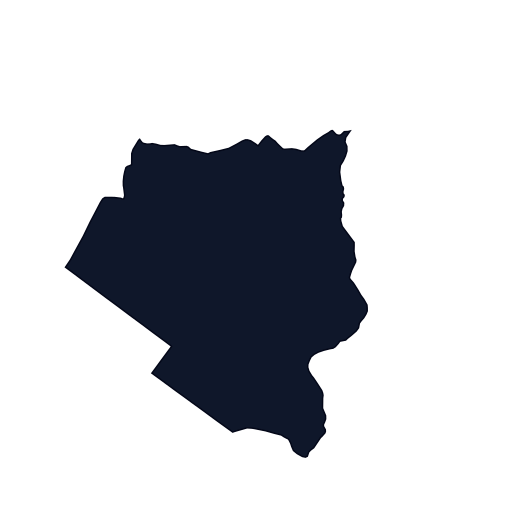 map outline of Botswana (orthographic projection), rotated 308°
{"feature_id": "BWA", "entity_name": "Botswana", "entity_type": "country or territory", "adm_level": 0, "iso_a3": "BWA", "parent_name": "Africa", "parent_adm1": "", "projection": "orthographic", "projection_center": [24.585, -22.321], "detail": "fine", "context": "isolated", "style": "filled", "palette": "ink", "viewbox_px": 512, "rotation_deg": 308, "n_neighbors": 0, "source": "natural_earth", "source_scale": "50m", "svg_char_len": 2811}
<svg xmlns="http://www.w3.org/2000/svg" viewBox="0 0 512 512"><g transform="rotate(308 256 256)"><path d="M276.3,92.5L275.7,94.3L275.1,96.9L275.8,98.8L277.1,101.4L279.1,103.7L280.6,105.0L282.4,108.4L284.1,112.6L286.5,115.9L293.4,123.4L294.1,126.0L295.1,128.7L299.4,133.8L300.0,135.5L299.7,138.9L304.1,149.3L306.9,155.4L309.4,156.6L317.3,163.1L324.1,168.4L332.1,172.0L338.0,174.4L340.9,176.1L342.3,177.8L343.5,180.9L344.0,186.3L344.1,189.8L350.5,189.8L355.7,190.2L357.5,190.9L358.2,191.9L358.0,194.2L358.0,197.7L358.2,200.4L357.6,203.4L357.2,206.8L356.8,211.1L357.6,212.8L362.5,218.3L364.6,221.9L366.7,227.3L368.0,229.0L369.0,229.7L373.6,230.4L385.2,232.9L392.4,235.1L398.0,237.4L400.4,238.0L401.5,238.6L401.9,239.1L401.1,243.7L401.3,245.2L401.9,246.6L402.8,247.7L404.0,248.4L408.3,249.0L410.8,251.9L412.4,253.2L404.6,253.7L400.6,255.9L398.3,260.1L394.7,263.0L389.8,264.9L384.7,266.1L379.3,266.7L373.6,270.2L367.4,276.5L364.2,280.5L364.0,282.2L362.7,283.6L360.1,284.8L358.6,286.2L358.2,287.9L356.8,288.7L354.4,288.6L352.7,289.8L351.7,292.4L349.5,293.9L346.2,294.4L343.3,295.8L340.9,298.1L339.1,299.3L337.8,299.3L335.7,301.2L332.4,305.7L331.8,307.8L327.1,324.9L324.6,326.9L319.9,330.4L316.0,334.6L314.3,337.1L312.5,338.2L303.8,340.1L300.6,341.2L296.6,342.8L295.6,344.3L294.6,349.5L291.9,357.1L289.6,362.7L288.2,367.6L285.7,373.6L283.5,375.6L281.1,377.5L277.9,378.4L273.6,378.9L269.7,378.7L266.7,378.8L262.5,381.0L258.5,381.1L252.3,379.9L247.3,378.7L245.0,378.4L240.5,374.5L237.6,374.6L233.3,374.3L230.8,373.4L228.5,371.3L223.5,367.4L218.6,364.2L214.3,362.3L210.3,361.5L206.5,362.3L203.5,363.2L202.4,363.6L200.1,365.3L197.8,368.5L195.9,373.4L195.2,376.5L193.1,382.9L190.4,390.6L189.0,392.8L187.5,394.5L185.0,396.0L176.9,402.2L173.0,409.1L170.4,411.2L167.4,412.2L164.8,412.8L163.3,414.0L161.8,417.5L160.4,418.7L158.9,419.2L154.2,418.9L152.7,418.6L140.4,419.5L136.7,418.5L134.0,418.2L129.8,419.7L128.0,418.8L126.6,416.0L125.7,410.2L125.8,405.3L127.9,401.5L129.8,398.7L131.5,395.1L131.7,393.5L131.3,392.1L130.8,389.1L130.6,386.2L127.7,379.7L124.2,371.1L119.4,361.5L118.0,358.9L115.1,354.7L104.5,347.0L102.9,346.0L102.9,345.1L102.6,337.3L102.2,327.0L101.9,316.7L101.6,306.4L101.2,296.1L100.9,285.8L100.5,275.4L100.2,265.1L99.9,254.8L99.6,246.1L107.2,245.9L116.6,245.6L127.8,245.3L132.7,245.2L132.9,243.8L132.8,237.4L132.4,222.7L132.1,208.0L131.7,193.4L131.4,178.7L131.0,164.0L130.7,149.4L130.4,134.7L130.1,120.0L129.9,112.8L138.7,112.2L148.8,110.5L165.3,107.8L180.6,104.5L190.5,102.7L202.4,100.5L206.5,100.1L207.6,100.4L209.2,101.0L214.8,108.3L218.2,113.9L218.9,116.3L219.6,116.5L221.2,116.1L223.0,115.2L228.6,109.6L229.8,108.2L233.3,105.4L237.6,102.7L241.6,100.7L245.5,99.1L247.3,99.5L249.5,100.9L251.4,101.8L260.3,95.0L264.4,93.5L274.9,92.3L276.3,92.5Z" fill="#0f172a" stroke="#020617" stroke-width="1.5"/></g></svg>